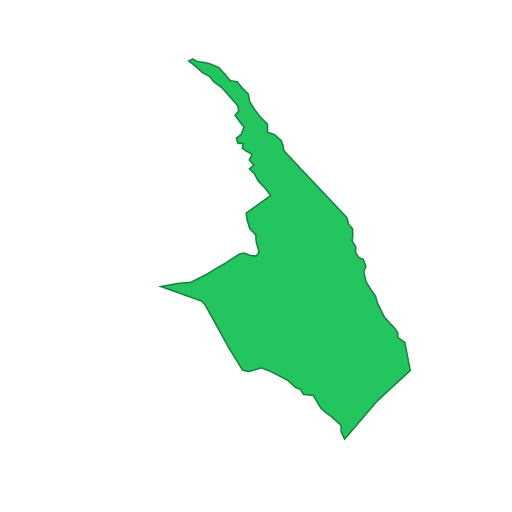 the district of Palmeirina, Pernambuco, Brazil, rotated 241°
{"feature_id": "56859067B2059409323085", "entity_name": "Palmeirina", "entity_type": "district", "adm_level": 2, "iso_a3": "BRA", "parent_name": "Brazil", "parent_adm1": "Pernambuco", "projection": "mercator", "projection_center": [-36.237, -8.996], "detail": "fine", "context": "isolated", "style": "filled", "palette": "green", "viewbox_px": 512, "rotation_deg": 241, "n_neighbors": 0, "source": "geoboundaries", "source_scale": "gbopen_adm2", "svg_char_len": 1445}
<svg xmlns="http://www.w3.org/2000/svg" viewBox="0 0 512 512"><g transform="rotate(241 256 256)"><path d="M162.7,188.9L158.4,193.6L155.6,206.4L148.2,212.7L131.8,223.5L121.9,226.8L117.7,230.2L111.9,230.4L106.4,238.4L91.4,239.0L84.6,241.4L79.5,243.9L66.6,248.3L61.2,245.3L52.8,244.7L70.2,291.0L73.1,302.6L81.1,335.5L89.6,338.2L100.2,341.6L108.3,344.3L115.7,340.6L120.2,342.8L125.3,342.3L140.0,338.7L156.0,339.4L162.8,341.1L172.3,340.1L180.2,339.8L189.9,342.6L193.6,347.0L200.8,348.2L205.0,345.1L210.8,344.8L215.8,347.7L222.6,347.4L227.2,350.7L233.1,353.7L238.5,352.4L245.5,354.1L312.0,337.1L334.4,331.5L339.7,333.3L344.8,334.0L353.3,331.0L358.6,326.1L365.6,329.9L375.8,327.1L386.3,325.6L394.3,325.4L401.3,327.8L410.1,325.2L417.5,324.1L421.7,318.5L430.1,316.9L439.1,314.7L446.4,308.9L450.0,305.0L454.6,298.9L459.0,296.2L459.2,291.7L450.0,295.6L442.7,297.9L435.7,302.3L428.2,303.8L419.9,307.7L412.1,309.5L404.4,311.1L396.4,312.9L391.3,311.2L389.2,305.9L379.0,307.2L374.6,308.0L369.6,302.1L368.5,295.9L363.2,294.8L360.9,299.2L356.7,296.2L352.7,298.2L346.8,301.8L343.3,296.7L336.6,298.1L335.4,292.5L328.8,294.5L320.6,294.2L311.4,296.7L301.8,298.2L298.3,268.2L292.0,265.8L283.1,263.8L274.6,266.0L268.2,263.0L257.8,260.6L255.9,256.1L259.4,251.1L264.4,246.9L265.8,242.5L264.6,226.0L264.4,215.5L263.9,205.4L264.6,186.1L269.5,175.4L275.5,157.9L242.7,186.7L237.6,187.8L189.2,187.7L162.7,188.9Z" fill="#22c55e" stroke="#15803d" stroke-width="1.5"/></g></svg>